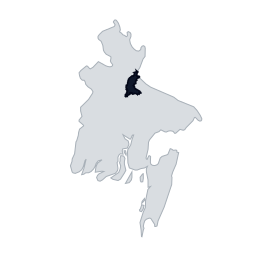 Jamalpur, Dhaka, Bangladesh shown in context, rotated 25°
{"feature_id": "16705992B65705561019803", "entity_name": "Jamalpur", "entity_type": "district", "adm_level": 2, "iso_a3": "BGD", "parent_name": "Bangladesh", "parent_adm1": "Dhaka", "projection": "mercator", "projection_center": [89.869, 25.0], "detail": "fine", "context": "in_parent", "style": "filled", "palette": "ink", "viewbox_px": 256, "rotation_deg": 25, "n_neighbors": 0, "source": "geoboundaries", "source_scale": "gbopen_adm2", "svg_char_len": 7583}
<svg xmlns="http://www.w3.org/2000/svg" viewBox="0 0 256 256"><g transform="rotate(25 128 128)"><path d="M90.5,179.6L90.5,173.9L86.7,162.5L86.9,161.3L86.1,155.8L85.1,152.8L84.6,149.5L86.9,144.8L86.0,144.1L80.9,142.7L80.3,141.5L81.4,136.9L77.8,132.5L76.3,129.2L80.2,118.7L81.2,111.4L80.9,109.9L78.5,108.3L74.3,107.6L71.3,106.3L69.6,104.2L68.1,103.3L66.3,104.0L63.9,103.1L62.0,101.1L60.3,98.6L61.0,95.8L64.1,89.3L65.2,89.1L67.9,90.3L68.9,90.3L70.6,87.8L73.1,80.4L81.6,81.0L83.7,80.8L85.8,80.2L87.0,79.3L87.6,78.1L87.4,77.1L84.8,75.7L83.7,74.7L83.0,71.7L82.2,70.6L77.1,70.4L74.4,69.1L72.9,67.9L70.3,63.8L67.1,60.8L64.0,60.1L62.8,59.2L62.1,57.6L62.5,55.4L64.1,51.1L72.6,41.9L72.8,40.9L72.5,39.7L70.0,38.2L69.8,37.5L70.5,35.5L71.9,35.3L74.9,37.0L77.9,39.9L79.6,42.4L79.7,44.4L82.0,44.8L84.0,45.7L86.0,45.5L87.3,46.0L88.1,45.8L88.5,44.6L86.8,41.7L87.6,40.5L89.6,40.6L91.0,41.6L92.0,43.9L92.2,47.4L94.5,50.5L97.5,52.8L99.9,53.8L102.7,54.5L105.2,53.8L106.4,51.6L105.8,49.7L106.2,47.9L107.2,46.9L108.7,47.0L109.9,48.4L113.2,55.9L112.5,59.2L113.2,68.3L112.4,74.3L112.9,76.6L113.5,77.0L118.5,78.1L125.7,80.5L131.3,81.4L156.4,80.7L161.8,81.9L178.6,81.0L183.1,82.9L188.1,86.0L190.9,88.3L191.4,89.6L191.1,90.8L190.1,91.4L188.4,91.4L184.5,89.9L183.8,90.4L183.8,93.9L180.6,102.9L180.1,105.6L179.0,106.7L175.7,107.3L173.5,112.5L172.6,113.1L170.4,112.0L169.1,112.2L167.4,112.7L165.7,113.9L164.5,115.4L163.2,115.9L158.5,115.8L157.6,118.2L154.6,121.3L152.5,129.7L152.6,132.2L155.2,138.9L157.0,147.5L157.7,148.3L158.6,148.4L158.6,144.5L159.5,144.0L160.6,144.4L162.8,149.7L164.0,151.1L165.9,151.5L168.2,150.7L169.8,149.1L170.5,147.4L169.9,141.6L170.9,139.3L174.7,135.8L175.3,134.7L175.0,128.9L176.5,128.7L178.4,129.1L180.8,127.7L181.6,127.7L182.6,129.2L184.3,128.9L186.9,140.5L187.1,148.6L187.7,153.1L188.7,154.1L191.5,160.8L194.2,184.5L194.5,199.4L195.7,204.5L194.7,205.6L193.8,205.9L192.9,204.1L186.8,200.3L185.3,200.7L183.2,202.9L182.4,204.9L182.7,207.8L183.4,210.6L184.9,212.2L185.0,214.0L186.6,220.7L186.1,220.7L182.8,214.6L178.8,208.6L177.4,197.9L177.3,192.6L174.6,186.3L172.0,175.3L173.1,171.5L171.2,173.2L168.1,166.6L163.3,160.1L161.9,157.3L161.8,154.5L159.8,157.3L157.0,159.2L154.1,162.2L152.2,163.1L146.1,163.6L142.7,159.7L137.7,150.0L137.0,147.8L137.6,142.1L136.5,136.7L136.1,131.9L135.2,132.3L134.9,133.6L135.1,135.6L134.7,137.3L126.3,136.2L129.9,139.1L133.7,139.7L135.7,142.3L135.9,146.5L132.1,149.1L132.4,151.2L134.6,153.8L131.9,154.6L131.2,156.3L131.2,158.7L133.0,162.4L132.7,163.9L135.9,168.8L136.5,171.1L135.7,174.4L128.8,181.1L126.8,185.8L125.2,188.0L123.0,188.4L120.5,186.2L120.4,183.9L121.0,182.0L124.5,177.6L122.6,178.2L117.0,181.9L116.0,178.9L115.3,176.2L115.3,172.8L117.9,167.8L114.9,170.3L114.1,173.4L114.4,177.1L114.1,179.7L112.9,183.1L111.2,185.2L108.6,186.5L107.5,188.5L105.7,189.9L105.1,183.1L103.2,173.9L102.8,175.8L103.8,181.6L103.7,185.3L102.3,188.3L99.4,191.4L97.2,191.9L95.9,191.4L91.8,186.6L91.4,182.1L90.5,179.6ZM141.2,179.8L136.1,180.9L133.5,180.5L138.4,172.2L138.2,168.5L137.4,165.4L135.0,163.0L134.8,161.2L133.7,158.9L133.2,156.1L135.9,155.2L138.1,156.8L138.9,159.9L140.0,162.3L143.9,167.2L143.8,170.2L142.8,177.5L141.2,179.8ZM152.2,177.0L149.1,179.3L150.1,166.1L152.4,171.0L153.0,173.6L152.2,177.0ZM164.1,170.5L162.7,171.4L161.5,170.6L159.8,167.5L160.6,163.6L161.1,163.0L163.1,167.0L164.1,170.5ZM175.6,198.1L173.8,198.3L173.0,197.4L173.4,196.0L172.9,191.8L175.2,191.4L176.0,194.9L175.6,198.1ZM173.7,186.3L172.3,190.5L171.8,188.6L172.7,184.9L173.7,186.3ZM137.2,152.0L137.7,153.4L134.9,151.6L134.1,150.3L135.4,149.7L137.2,152.0Z" fill="#d9dde1" stroke="#a8b0b8" stroke-width="1"/><path d="M110.0,93.7L110.2,93.8L110.4,93.9L110.5,94.0L110.8,94.0L110.7,93.8L110.8,93.8L111.3,94.1L111.7,93.9L112.0,94.2L112.0,94.6L111.9,94.7L111.8,94.8L112.2,94.9L112.2,95.1L112.1,95.3L111.9,95.4L111.7,95.4L111.7,95.7L111.8,95.7L111.9,95.9L112.0,95.9L112.0,96.1L112.3,96.1L112.2,96.3L112.2,96.5L112.3,96.5L112.2,96.5L112.3,96.7L112.5,96.9L112.3,97.1L112.0,97.2L112.1,97.4L112.0,98.1L112.1,98.6L111.8,98.7L111.5,98.7L111.5,99.0L111.6,99.3L111.7,99.5L111.9,99.7L112.0,100.1L112.2,100.3L112.2,100.5L112.4,100.5L112.8,100.5L112.8,100.3L113.0,100.2L112.8,100.2L112.9,99.9L113.0,100.1L113.1,99.9L113.3,99.9L113.2,99.7L113.4,99.4L113.5,99.4L113.4,99.3L113.3,99.2L113.6,99.2L113.7,98.9L113.8,98.8L113.7,98.7L114.0,98.9L114.0,98.7L113.8,98.6L113.8,98.4L113.8,98.2L114.3,98.0L114.5,97.9L114.5,97.6L114.4,97.5L114.8,96.9L115.0,97.0L115.3,97.0L115.4,96.8L115.4,96.6L115.3,96.3L114.9,96.0L114.8,95.8L114.9,95.5L114.8,95.3L114.8,95.2L115.0,95.0L115.0,94.9L114.9,94.9L115.1,94.9L115.1,95.0L115.4,95.0L115.5,95.1L115.4,94.9L115.5,94.9L115.7,95.1L115.8,95.1L115.8,94.9L115.9,94.7L116.3,94.8L116.2,94.7L116.3,94.6L116.2,94.5L116.1,94.4L116.2,94.5L116.5,94.4L116.7,94.6L116.7,94.8L116.8,94.7L116.9,94.8L117.1,94.7L117.1,94.8L117.2,95.1L117.3,95.1L117.1,95.1L117.3,95.3L117.6,95.4L117.8,95.4L118.0,95.3L118.2,95.0L118.3,95.0L118.3,94.9L118.6,94.7L118.8,94.6L119.0,94.5L119.1,94.1L119.3,93.7L119.6,93.7L119.8,93.8L120.0,93.7L120.4,93.6L120.6,93.4L121.0,93.3L121.4,93.6L121.6,93.5L121.7,93.4L121.9,93.4L122.0,93.3L122.2,93.5L122.3,93.6L122.5,93.7L122.5,93.4L122.8,93.2L122.9,93.3L123.0,93.2L123.0,92.9L123.1,92.7L123.2,92.4L123.3,92.1L123.5,92.1L123.8,92.2L123.7,91.9L123.7,91.7L123.9,91.6L123.9,91.3L123.8,91.2L124.0,91.2L124.3,91.1L124.1,91.0L124.2,90.9L123.7,90.9L123.8,90.8L124.0,90.9L124.0,90.7L124.3,90.6L124.3,90.4L124.1,90.3L124.1,90.2L123.7,90.1L123.4,90.1L123.0,90.0L123.0,89.9L123.0,89.7L122.9,89.6L122.7,89.7L122.6,89.8L122.5,89.7L122.3,89.8L122.0,89.7L121.9,89.7L121.6,89.5L121.1,89.6L120.8,89.5L120.3,89.6L120.0,89.4L119.8,89.3L119.7,89.3L119.3,89.4L119.5,89.1L119.2,89.3L119.2,89.5L118.5,89.3L118.4,89.2L118.0,89.1L117.9,89.2L117.5,89.1L117.1,89.0L116.9,88.8L116.8,88.7L116.7,88.3L116.7,88.1L116.6,87.9L116.4,87.8L116.1,87.8L115.7,88.0L115.6,87.9L115.5,87.7L115.6,87.0L115.5,86.9L115.4,86.8L115.2,86.9L115.3,86.7L115.2,86.3L115.2,85.9L114.9,85.9L114.9,85.6L114.9,85.4L115.5,85.4L115.6,85.2L115.9,84.8L116.2,84.5L116.0,84.4L115.9,84.3L115.8,84.2L115.8,83.9L115.9,83.6L115.6,83.3L115.4,83.0L115.3,82.9L115.3,82.7L115.3,82.4L115.2,82.2L115.4,82.2L115.5,81.9L115.4,81.8L115.5,81.4L115.6,81.1L115.8,80.9L115.5,80.7L115.3,80.7L115.1,80.6L115.1,80.3L115.1,79.8L115.2,79.7L115.3,79.5L115.3,79.3L115.4,79.2L115.5,78.8L115.5,78.6L115.5,78.4L115.5,78.1L115.6,77.9L115.9,77.9L116.0,77.9L116.1,78.1L116.4,78.1L116.3,77.7L116.4,77.4L116.5,77.1L116.9,77.0L116.8,76.7L116.7,76.6L116.6,76.8L116.2,76.7L115.9,76.6L115.6,76.5L115.4,76.6L115.3,76.8L115.2,76.8L115.2,77.0L114.8,77.3L114.4,77.2L114.2,77.2L113.9,77.1L113.4,76.9L113.6,76.7L113.7,76.3L113.7,76.2L113.5,75.8L113.3,75.3L113.2,75.2L113.1,74.4L113.1,74.2L113.3,73.5L113.3,73.3L113.3,73.0L113.1,73.0L112.5,72.9L112.2,72.7L111.5,72.5L111.8,72.8L111.7,73.0L111.8,73.1L112.0,73.1L111.9,73.0L112.0,73.0L112.0,73.3L111.9,73.9L111.9,74.0L111.6,74.1L111.0,74.2L110.8,74.5L110.2,75.0L110.4,75.0L110.5,75.4L110.7,76.1L110.8,76.2L110.8,76.4L110.9,76.8L111.1,77.1L111.2,77.4L111.1,77.7L111.0,77.8L111.0,78.2L111.1,78.4L111.0,78.8L110.8,78.9L109.9,78.9L109.7,78.9L109.6,79.0L109.5,79.4L109.2,79.9L108.9,80.6L108.8,80.8L108.8,81.0L108.4,81.6L108.2,81.9L108.0,82.6L108.1,83.1L107.9,83.4L107.8,83.6L108.0,83.9L108.2,84.0L108.3,84.4L108.3,84.9L108.0,85.0L108.4,86.3L108.4,86.9L108.8,87.3L108.9,87.6L108.9,88.3L108.8,88.6L108.8,88.8L108.9,89.2L109.0,89.2L109.2,89.7L108.9,89.7L108.9,89.8L108.4,90.1L108.6,90.4L108.6,90.9L109.0,91.5L109.0,91.9L109.1,92.1L109.6,92.5L109.9,92.8L110.5,93.0L110.3,93.4L110.0,93.7Z" fill="#0f172a" stroke="#020617" stroke-width="1.5"/></g></svg>